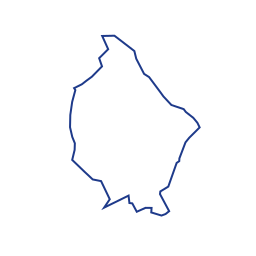 Dogondoutchi, Dosso, Niger (orthographic projection), rotated 333°
{"feature_id": "23599985B71800364259973", "entity_name": "Dogondoutchi", "entity_type": "district", "adm_level": 2, "iso_a3": "NER", "parent_name": "Niger", "parent_adm1": "Dosso", "projection": "orthographic", "projection_center": [4.132, 13.975], "detail": "fine", "context": "isolated", "style": "outline", "palette": "blue", "viewbox_px": 256, "rotation_deg": 333, "n_neighbors": 0, "source": "geoboundaries", "source_scale": "gbopen_adm2", "svg_char_len": 767}
<svg xmlns="http://www.w3.org/2000/svg" viewBox="0 0 256 256"><g transform="rotate(333 128 128)"><path d="M95.2,195.5L97.6,197.1L97.8,206.6L107.4,207.1L112.7,209.9L110.4,213.8L118.1,221.2L122.4,221.7L126.9,220.8L126.5,201.4L128.0,199.2L137.3,198.5L155.5,181.2L158.6,180.8L160.0,178.4L172.7,166.9L178.1,164.5L192.1,160.0L192.2,154.9L190.8,148.6L186.8,140.0L186.2,136.5L177.1,127.2L173.9,116.0L173.0,110.3L169.9,92.2L166.9,87.1L166.8,70.0L168.6,62.3L157.8,39.6L146.8,34.3L146.1,48.8L134.0,52.7L132.8,61.3L119.1,65.9L112.4,67.0L106.7,68.1L98.1,68.0L98.3,70.3L90.1,79.4L82.5,90.2L76.7,101.0L74.3,110.6L73.7,117.5L70.5,123.3L63.8,131.1L69.4,147.3L73.2,157.8L79.9,163.1L79.4,183.2L70.6,188.1L97.8,188.5L95.2,195.5Z" fill="none" stroke="#1e3a8a" stroke-width="2"/></g></svg>